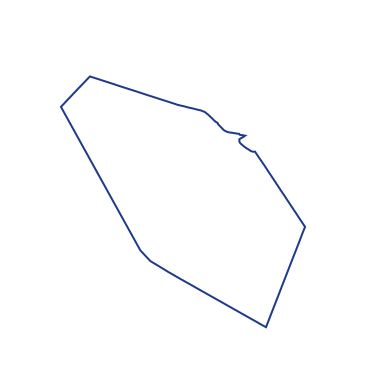 the district of Dar Sa'd, Lahij, Yemen, rotated 235°
{"feature_id": "15242507B92713589855665", "entity_name": "Dar Sa'd", "entity_type": "district", "adm_level": 2, "iso_a3": "YEM", "parent_name": "Yemen", "parent_adm1": "Lahij", "projection": "mercator", "projection_center": [44.98, 12.915], "detail": "fine", "context": "isolated", "style": "outline", "palette": "blue", "viewbox_px": 384, "rotation_deg": 235, "n_neighbors": 0, "source": "geoboundaries", "source_scale": "gbopen_adm2", "svg_char_len": 3204}
<svg xmlns="http://www.w3.org/2000/svg" viewBox="0 0 384 384"><g transform="rotate(235 192 192)"><path d="M336.9,133.5L304.1,130.0L292.8,128.8L247.5,124.0L236.2,122.8L173.8,116.2L164.7,117.5L159.2,118.3L151.8,121.6L139.2,127.1L138.9,127.3L129.0,131.9L42.2,173.4L38.8,175.1L44.7,183.9L60.2,207.1L60.3,207.2L76.0,230.7L91.3,253.7L91.5,253.9L91.6,254.1L91.9,254.5L92.3,255.1L92.6,255.5L92.8,255.9L93.0,256.2L93.3,256.6L93.4,256.8L93.7,257.2L94.0,257.6L94.3,258.0L96.9,262.0L98.3,264.2L98.6,264.6L101.6,264.7L102.5,264.7L103.0,264.7L103.6,264.7L104.6,264.8L105.7,264.8L106.7,264.8L107.7,264.8L109.3,264.9L111.0,264.9L112.4,265.0L113.2,265.0L114.3,265.0L115.6,265.1L116.8,265.1L118.0,265.1L119.3,265.1L120.5,265.2L121.7,265.2L123.0,265.2L123.5,265.2L124.2,265.3L125.4,265.3L126.6,265.3L127.9,265.4L129.1,265.4L130.4,265.4L131.6,265.4L132.5,265.5L132.9,265.5L134.1,265.5L135.3,265.6L136.6,265.6L137.8,265.6L138.6,265.6L139.0,265.6L142.9,265.7L144.6,265.8L145.9,265.8L147.1,265.8L148.3,265.9L149.6,265.9L150.9,265.9L152.1,266.0L153.3,266.0L153.6,266.0L154.4,266.0L155.7,266.1L156.9,266.1L158.2,266.1L159.4,266.2L160.6,266.2L161.9,266.2L163.2,266.2L164.4,266.3L165.7,266.3L165.9,266.3L166.1,266.3L166.9,266.4L168.5,266.4L169.2,266.4L169.7,266.4L169.8,266.5L179.0,266.6L181.2,266.6L186.7,266.7L187.4,266.7L188.9,266.8L189.2,266.3L190.0,265.1L191.6,263.8L191.7,263.7L195.0,262.5L195.5,262.2L196.6,261.8L196.9,261.7L197.1,261.6L197.5,261.4L197.8,261.3L198.7,261.0L199.3,260.8L199.7,260.7L199.8,260.6L200.4,260.5L200.8,260.4L201.5,260.2L202.4,260.0L202.7,259.9L203.4,259.7L203.7,259.7L204.9,259.5L205.4,259.5L205.9,259.7L206.0,259.8L206.8,260.1L206.9,260.3L207.3,260.5L207.6,260.7L208.1,261.2L208.0,261.4L208.0,261.9L208.0,262.3L207.8,264.5L207.6,266.2L207.7,266.7L207.7,267.3L207.7,267.6L207.7,267.8L207.8,267.7L209.5,266.0L211.4,264.0L212.6,264.0L212.9,263.6L213.3,263.2L213.9,262.5L215.2,261.2L215.9,260.4L217.1,259.3L217.4,258.9L217.7,258.6L218.9,257.3L220.3,255.9L220.6,255.6L220.8,255.6L221.3,255.2L221.9,254.8L222.9,254.2L224.7,253.5L228.3,252.9L229.1,252.8L229.3,252.8L231.5,252.4L231.8,252.3L232.3,252.3L232.7,252.2L233.3,252.5L233.5,252.6L234.0,252.5L234.3,252.4L234.5,252.2L235.0,252.2L235.4,251.9L235.5,251.9L235.9,251.7L236.3,251.6L236.5,251.5L236.8,251.5L236.9,251.4L238.0,251.2L238.3,251.1L239.4,250.9L239.7,250.9L241.2,250.6L243.4,250.1L244.2,250.0L246.5,249.5L247.1,249.3L250.4,248.3L250.7,248.1L251.5,247.5L251.9,247.2L252.2,247.0L253.4,246.3L253.9,245.9L257.0,243.1L259.5,241.0L262.0,238.7L263.9,237.0L266.0,235.3L266.9,234.5L268.4,233.1L271.7,230.2L272.8,229.3L273.1,229.2L292.6,214.4L295.1,212.5L295.2,212.4L298.4,210.0L305.2,204.9L322.2,192.0L324.3,190.5L344.9,174.9L345.2,174.7L345.2,174.4L345.1,174.1L345.0,173.8L344.8,172.3L344.5,171.2L344.3,169.8L344.1,169.1L344.0,168.6L343.9,167.8L343.7,167.0L343.5,166.1L343.2,164.8L343.0,163.5L342.8,162.4L342.5,161.1L342.3,159.8L342.2,159.2L342.0,158.5L341.8,157.4L341.5,156.1L341.3,154.9L341.1,154.0L341.1,153.9L340.8,152.6L340.6,151.1L340.5,150.7L340.4,150.5L340.2,149.4L339.9,148.1L339.9,147.8L339.7,147.1L339.5,146.2L339.2,144.4L339.0,143.5L338.6,141.5L337.7,137.4L337.4,135.8L336.9,133.5Z" fill="none" stroke="#1e3a8a" stroke-width="2"/></g></svg>